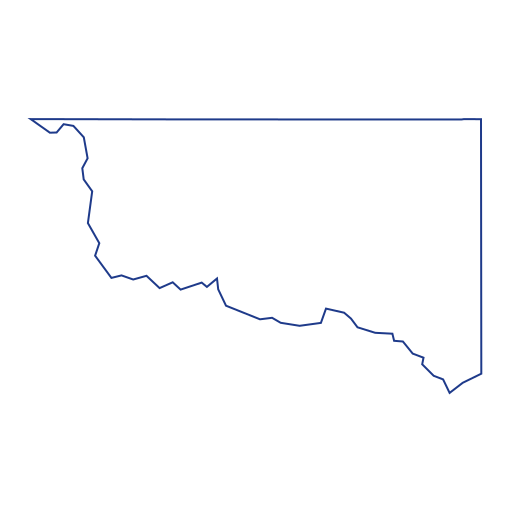 Ward, Texas, United States of America (Equal Earth projection)
{"feature_id": "52423323B69201645731080", "entity_name": "Ward", "entity_type": "district", "adm_level": 2, "iso_a3": "USA", "parent_name": "United States of America", "parent_adm1": "Texas", "projection": "equal_earth", "projection_center": [-103.189, 31.459], "detail": "fine", "context": "isolated", "style": "outline", "palette": "blue", "viewbox_px": 512, "rotation_deg": 0, "n_neighbors": 0, "source": "geoboundaries", "source_scale": "gbopen_adm2", "svg_char_len": 726}
<svg xmlns="http://www.w3.org/2000/svg" viewBox="0 0 512 512"><path d="M464.0,119.1L461.4,119.5L181.9,119.4L30.7,119.1L49.9,132.7L56.6,132.5L63.6,124.2L73.4,125.9L83.8,137.3L87.6,158.3L82.3,168.2L83.7,179.4L92.2,191.3L87.9,223.1L99.3,243.2L95.1,255.7L111.4,277.9L121.5,275.4L133.2,279.5L146.5,275.8L159.6,288.1L172.7,282.3L180.6,289.6L201.7,282.6L206.9,286.9L217.0,278.5L218.2,289.3L226.0,305.7L260.0,319.3L272.1,317.8L280.7,322.8L299.6,325.8L320.9,322.9L326.0,308.6L344.1,312.7L351.0,318.6L357.5,327.3L375.2,332.8L392.4,333.7L394.1,340.8L402.9,341.5L412.7,353.6L423.5,357.7L422.2,364.3L433.7,375.8L443.1,379.4L449.6,392.9L462.7,382.8L481.3,373.7L481.0,119.2L464.0,119.1Z" fill="none" stroke="#1e3a8a" stroke-width="2"/></svg>